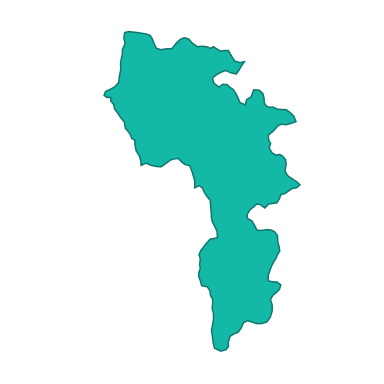 outline of Fortuna de Minas, Minas Gerais, Brazil, rotated 193°
{"feature_id": "56859067B93002410173864", "entity_name": "Fortuna de Minas", "entity_type": "district", "adm_level": 2, "iso_a3": "BRA", "parent_name": "Brazil", "parent_adm1": "Minas Gerais", "projection": "natural_earth1", "projection_center": [-44.511, -19.534], "detail": "fine", "context": "isolated", "style": "filled", "palette": "teal", "viewbox_px": 384, "rotation_deg": 193, "n_neighbors": 0, "source": "geoboundaries", "source_scale": "gbopen_adm2", "svg_char_len": 2861}
<svg xmlns="http://www.w3.org/2000/svg" viewBox="0 0 384 384"><g transform="rotate(193 192 192)"><path d="M168.3,123.2L166.7,119.3L167.3,114.7L166.3,110.9L163.9,107.4L161.5,102.9L155.7,103.1L152.3,99.6L150.6,95.3L147.6,91.9L146.7,87.2L146.1,82.8L143.9,78.9L142.4,73.0L142.0,67.3L142.0,61.9L139.3,55.1L137.5,50.0L134.9,44.9L128.2,43.4L123.4,46.0L121.8,49.6L122.9,54.3L122.4,60.0L119.4,63.0L115.4,65.8L113.4,71.0L112.3,76.4L109.1,78.9L104.8,78.9L99.7,78.3L94.7,79.4L89.8,82.2L87.5,87.8L87.1,94.5L88.6,100.3L91.4,104.8L89.9,109.6L87.2,113.0L84.9,116.9L84.6,121.5L89.1,123.4L93.0,122.7L97.7,122.5L99.0,127.9L98.5,132.0L97.9,137.6L96.8,141.7L95.4,145.6L94.6,150.4L93.2,154.1L94.6,157.9L97.1,162.4L99.0,168.9L102.8,172.0L107.2,172.8L110.6,172.2L115.6,170.2L120.0,169.3L123.6,173.7L127.3,177.4L132.4,178.8L133.1,182.9L131.5,187.7L128.4,191.6L126.2,194.8L122.4,195.0L117.4,192.8L114.7,197.4L110.7,199.1L107.0,200.4L105.4,204.7L104.7,209.7L101.3,211.2L98.5,214.3L95.5,217.7L91.0,219.7L88.4,223.3L92.3,225.5L97.9,227.6L102.7,229.5L106.2,233.6L106.5,240.2L108.0,244.4L111.6,247.2L114.9,248.3L118.7,246.8L122.7,248.1L126.7,252.2L126.3,257.0L129.1,259.9L130.4,264.7L126.9,269.0L124.9,272.4L123.1,276.0L119.8,278.3L115.4,278.7L110.5,281.4L106.5,283.9L109.9,288.9L114.7,291.7L118.9,293.4L123.3,292.5L127.5,291.9L132.0,293.0L135.7,291.9L139.1,292.5L141.7,295.3L143.0,299.8L145.0,303.8L149.4,306.3L154.8,305.5L155.8,297.9L159.6,294.3L159.7,288.9L165.4,289.9L168.8,294.7L171.7,298.1L175.0,301.2L178.7,302.6L182.1,304.6L186.3,303.8L189.2,300.3L195.1,302.9L197.7,307.7L194.3,312.0L190.7,315.2L186.4,318.0L181.0,316.9L175.4,316.9L173.6,321.2L172.3,325.7L170.3,330.7L174.3,328.9L179.8,329.2L183.7,332.9L188.3,338.0L192.0,337.2L196.2,335.7L200.6,337.2L203.7,338.5L206.5,336.1L209.9,336.8L215.1,336.3L219.3,334.8L225.0,337.0L229.8,340.4L234.3,340.6L237.7,338.0L240.6,333.9L243.7,327.3L249.6,325.6L254.5,323.6L259.1,324.1L262.0,327.5L264.9,332.0L268.0,335.2L272.6,335.7L276.2,335.4L280.2,335.2L285.1,334.6L289.7,334.1L293.5,332.2L293.0,326.7L290.5,321.5L291.9,315.1L290.9,311.3L290.9,305.7L290.4,300.5L289.0,295.6L288.8,289.3L288.1,282.4L290.8,277.2L294.7,273.7L298.9,270.5L299.4,266.4L296.0,264.9L292.6,266.0L291.5,262.3L287.9,259.5L286.1,255.4L282.5,252.6L278.4,248.5L273.7,245.0L271.2,239.0L268.2,236.9L264.9,234.0L262.9,230.7L259.4,229.6L258.2,225.2L255.8,219.7L251.4,215.3L248.7,210.5L247.6,206.5L243.5,209.7L237.6,208.8L233.0,208.8L227.7,209.6L223.3,214.6L220.2,218.3L217.0,220.2L212.8,221.6L209.0,219.0L205.1,217.2L200.2,217.2L196.4,211.7L193.8,207.0L191.8,203.6L190.3,196.7L186.4,199.8L182.9,198.3L180.3,195.0L176.8,191.3L172.3,187.9L170.7,182.5L168.6,176.3L167.3,171.5L165.7,167.9L162.1,163.5L158.8,159.4L157.0,153.4L160.3,151.5L163.6,150.3L166.5,145.2L168.3,141.1L170.3,137.0L171.0,132.4L168.8,128.5L168.3,123.2Z" fill="#14b8a6" stroke="#0f766e" stroke-width="1.5"/></g></svg>